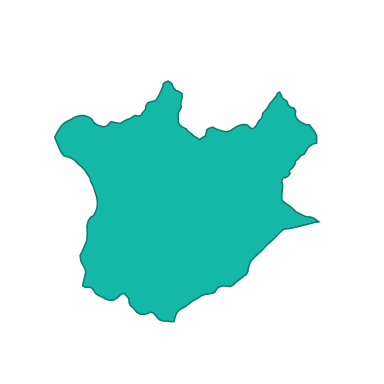 Curral de Dentro, Minas Gerais, Brazil, rotated 338°
{"feature_id": "56859067B33265035190159", "entity_name": "Curral de Dentro", "entity_type": "district", "adm_level": 2, "iso_a3": "BRA", "parent_name": "Brazil", "parent_adm1": "Minas Gerais", "projection": "robinson", "projection_center": [-41.753, -15.857], "detail": "fine", "context": "isolated", "style": "filled", "palette": "teal", "viewbox_px": 384, "rotation_deg": 338, "n_neighbors": 0, "source": "geoboundaries", "source_scale": "gbopen_adm2", "svg_char_len": 3636}
<svg xmlns="http://www.w3.org/2000/svg" viewBox="0 0 384 384"><g transform="rotate(338 192 192)"><path d="M235.6,139.7L231.4,139.3L229.0,139.9L227.1,142.8L225.4,145.0L221.9,145.4L218.4,146.3L216.9,143.4L215.0,141.3L213.5,138.0L211.2,134.3L210.3,131.3L208.0,128.9L205.8,125.5L205.4,121.7L207.0,118.6L208.4,114.3L211.1,111.7L213.5,109.9L214.5,106.6L215.8,103.7L218.0,101.3L219.6,97.3L217.7,94.1L215.0,91.6L213.9,87.8L213.8,83.6L211.5,80.2L208.3,80.1L205.8,81.1L204.1,83.6L202.1,85.6L199.7,87.9L197.8,89.8L195.0,92.0L192.2,93.7L189.1,93.0L184.4,92.7L181.6,94.7L179.7,98.0L175.9,100.0L173.4,101.9L170.5,101.5L167.8,99.5L164.8,100.1L161.9,100.7L158.6,100.5L155.1,100.8L151.8,101.6L148.6,100.1L145.4,97.8L143.0,96.5L140.5,97.6L138.3,98.8L135.8,98.8L133.3,97.8L131.4,96.2L129.0,94.0L127.1,91.0L126.5,87.4L125.0,84.6L123.2,82.9L120.7,80.8L117.9,79.5L115.3,79.0L112.7,78.7L109.8,78.9L106.5,79.5L103.9,79.5L100.1,80.0L96.7,81.2L94.3,82.6L91.6,84.4L88.3,87.0L85.2,89.9L85.2,93.3L85.2,97.1L85.3,100.3L85.5,105.4L86.7,110.4L90.5,113.3L93.9,116.7L95.7,120.1L96.9,123.2L98.7,126.7L99.8,129.1L101.0,131.8L101.5,135.8L102.6,140.5L102.0,145.0L102.5,148.8L102.6,151.7L102.2,154.4L102.0,157.6L101.7,160.5L101.2,163.5L100.3,166.4L99.2,168.8L97.6,171.8L94.8,174.5L91.7,177.0L88.1,177.5L84.4,180.5L81.8,184.3L80.5,188.2L79.3,191.5L77.7,194.7L76.0,197.8L74.2,199.8L71.9,201.9L69.4,204.5L66.8,206.9L64.5,208.8L63.7,211.5L63.1,214.7L63.4,218.0L64.0,222.8L63.5,226.3L62.1,228.4L60.0,231.4L57.6,234.6L55.5,238.1L57.5,240.6L60.2,241.3L62.5,242.8L63.7,245.0L64.2,247.8L64.9,250.7L66.7,253.1L68.8,255.2L70.8,257.7L73.0,260.0L75.6,261.9L78.5,262.8L82.0,262.4L84.7,261.6L87.4,260.4L90.9,260.4L92.5,264.0L93.5,267.4L92.1,271.2L92.3,274.3L93.9,277.1L94.9,279.9L95.6,282.5L98.1,285.9L102.0,287.7L105.1,288.0L108.2,287.7L110.8,289.6L111.9,292.8L112.9,295.6L113.9,298.2L115.9,300.0L117.9,301.3L121.0,302.5L124.4,304.7L126.8,305.3L128.6,303.0L130.8,300.0L133.3,298.0L136.2,296.6L142.0,295.8L144.9,295.2L147.9,294.5L150.7,293.6L153.1,293.1L156.0,292.8L159.1,292.4L161.6,291.8L164.0,291.7L166.4,292.0L169.9,292.9L173.7,293.7L176.0,293.2L178.0,291.7L180.8,290.2L183.6,290.4L186.1,290.7L188.3,292.1L191.5,293.8L195.0,293.8L197.4,292.7L199.9,292.0L202.3,291.2L204.8,290.5L207.7,289.7L211.3,288.8L213.9,286.9L215.6,284.0L217.6,281.3L220.1,278.8L222.6,277.1L225.8,275.8L229.4,274.4L233.1,273.1L236.3,271.7L238.7,270.5L241.7,269.2L244.0,268.3L246.3,267.6L248.6,266.7L251.8,265.3L256.1,263.5L259.2,262.1L263.0,260.9L266.4,261.7L269.2,262.6L273.2,263.2L276.4,263.7L278.8,264.1L282.2,264.4L285.6,265.1L288.3,265.3L290.7,265.7L294.2,266.1L298.4,267.2L296.6,264.1L294.4,261.1L291.9,259.2L289.0,258.0L286.8,256.0L284.1,252.8L281.1,249.5L279.8,246.4L278.2,243.1L275.6,239.1L273.5,235.9L272.4,233.0L273.8,229.2L275.6,225.6L277.1,223.0L278.6,219.5L279.4,215.1L281.8,213.0L284.1,213.8L287.1,213.2L289.8,211.7L290.3,208.6L292.8,207.8L295.5,206.6L297.8,204.9L299.5,202.1L302.7,201.1L306.6,199.0L309.9,199.1L313.2,196.6L315.2,195.0L317.7,193.7L322.1,192.8L325.8,193.4L327.1,190.3L328.5,186.9L328.5,183.6L327.9,180.6L327.1,177.6L326.1,173.7L323.1,172.3L320.8,170.1L319.0,167.9L317.6,165.4L316.4,162.0L316.8,158.6L318.4,155.9L318.1,152.5L315.2,150.5L313.8,147.2L314.0,143.1L311.2,139.3L311.0,135.0L310.7,132.2L308.3,132.5L306.1,134.6L302.9,136.2L300.5,137.7L297.6,139.0L295.1,141.0L292.8,143.0L290.2,144.0L287.0,145.6L285.3,148.4L283.3,150.1L280.1,151.4L276.8,154.2L273.6,156.0L270.8,155.6L269.5,152.8L268.1,150.3L266.0,149.0L262.7,148.1L258.2,148.1L254.4,148.7L250.6,149.6L246.9,149.1L243.2,147.1L240.7,144.9L238.1,142.8L235.6,139.7Z" fill="#14b8a6" stroke="#0f766e" stroke-width="1.5"/></g></svg>